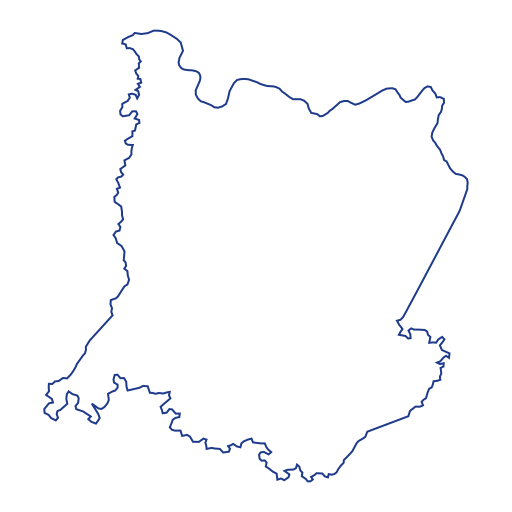 the district of Coronel Domingos Soares, Paraná, Brazil
{"feature_id": "56859067B31393521005465", "entity_name": "Coronel Domingos Soares", "entity_type": "district", "adm_level": 2, "iso_a3": "BRA", "parent_name": "Brazil", "parent_adm1": "Paraná", "projection": "mercator", "projection_center": [-51.965, -26.173], "detail": "fine", "context": "isolated", "style": "outline", "palette": "blue", "viewbox_px": 512, "rotation_deg": 0, "n_neighbors": 0, "source": "geoboundaries", "source_scale": "gbopen_adm2", "svg_char_len": 5688}
<svg xmlns="http://www.w3.org/2000/svg" viewBox="0 0 512 512"><path d="M430.8,87.0L427.5,86.4L424.6,88.0L422.8,89.9L417.3,97.0L414.8,99.6L412.0,100.4L408.7,101.6L405.8,102.0L403.4,100.1L400.6,97.6L399.5,95.0L397.5,92.4L395.5,89.3L392.3,88.2L386.8,88.6L382.1,90.6L376.4,94.1L365.8,100.4L359.4,103.5L355.1,104.7L350.5,102.5L347.7,101.0L344.0,101.0L340.0,102.2L332.5,108.9L329.6,110.9L327.7,113.0L322.7,116.0L320.0,116.3L317.2,114.1L311.3,112.9L308.8,108.6L307.5,103.8L304.0,100.6L300.4,99.2L296.9,99.2L293.0,99.2L289.8,97.3L286.9,95.1L284.8,93.4L282.3,91.8L279.6,88.7L276.2,87.1L273.5,86.4L267.1,86.0L264.4,85.2L260.2,83.9L257.1,82.3L248.5,79.3L244.3,78.9L240.4,79.2L237.1,80.0L234.0,83.0L229.6,91.1L228.0,98.3L226.0,104.0L222.0,106.5L218.1,107.7L214.4,107.3L210.8,105.0L203.9,102.2L200.8,101.3L198.0,98.6L195.8,94.6L195.7,90.3L197.2,86.9L199.8,80.9L200.4,78.3L200.2,75.5L198.9,72.9L196.5,71.4L192.6,70.4L187.7,70.1L183.9,69.5L181.4,68.2L179.2,65.3L178.6,62.3L179.5,57.8L183.0,50.8L180.7,42.5L176.9,38.9L170.6,34.8L166.3,32.4L161.5,31.1L158.3,30.7L153.5,30.7L147.9,33.1L141.5,34.0L134.7,33.0L132.7,35.2L128.5,36.9L122.8,40.0L122.2,43.5L125.7,44.4L126.8,48.3L129.6,48.1L132.8,49.1L134.8,51.5L136.5,54.1L138.8,56.4L139.2,59.4L140.8,61.4L138.8,63.3L139.1,67.8L135.2,70.4L136.2,73.5L138.3,76.0L137.7,78.7L140.4,79.0L141.2,82.7L137.9,83.8L139.9,86.9L135.5,89.9L138.2,91.1L139.1,94.8L137.2,98.4L135.6,94.8L132.0,93.7L128.8,94.4L129.8,97.7L127.6,101.0L124.5,102.6L122.3,103.8L122.3,107.3L120.1,110.8L120.5,114.4L122.8,116.3L129.2,115.2L132.3,111.3L136.0,111.3L137.4,114.1L134.7,118.5L139.1,120.0L139.4,122.9L136.2,124.5L135.6,127.7L134.9,130.6L132.4,131.3L132.4,136.2L128.6,138.3L124.9,140.7L125.8,143.5L128.0,144.8L132.8,145.0L131.8,148.2L131.4,151.2L131.4,154.5L129.1,157.9L124.4,160.4L125.3,165.4L120.3,169.1L121.1,172.2L123.2,174.7L121.3,176.6L118.0,177.4L116.3,179.2L118.3,183.0L120.0,187.6L116.9,188.8L118.2,192.7L116.6,195.1L114.3,197.0L114.7,201.9L118.0,204.1L121.2,206.5L122.0,211.8L122.0,215.1L123.1,219.3L121.4,221.4L118.4,224.1L120.4,226.9L119.5,230.6L116.0,231.5L113.5,235.0L115.8,238.5L117.1,243.0L121.5,246.0L123.2,249.0L124.5,251.5L124.2,255.3L123.7,260.2L125.6,262.4L126.1,265.9L124.3,268.6L127.4,271.1L127.8,275.6L129.1,279.7L127.4,284.5L124.4,286.4L121.6,290.7L118.0,296.4L116.0,298.3L110.8,300.1L110.5,304.4L112.0,308.2L111.3,311.9L112.6,315.3L89.8,340.4L85.9,346.6L85.9,350.1L84.9,353.4L82.7,355.8L79.7,360.1L76.9,364.0L75.4,367.5L72.9,371.6L70.4,375.0L67.0,378.4L63.0,378.0L58.7,381.0L55.1,381.4L52.3,384.0L48.9,383.8L48.7,387.4L49.0,391.3L46.1,394.9L49.7,397.4L51.9,399.0L53.0,402.5L49.0,403.3L44.3,409.0L44.6,412.9L48.6,414.9L51.2,418.1L55.8,420.4L58.0,417.7L56.7,414.3L57.4,411.2L60.4,409.9L67.3,403.8L66.3,398.9L66.9,394.1L68.7,391.4L72.4,394.1L77.4,395.6L78.7,398.2L78.1,402.8L75.5,406.1L76.3,409.2L83.0,411.4L90.8,416.5L88.3,419.1L91.3,421.8L96.0,423.6L97.9,420.9L99.7,418.0L98.2,413.9L91.8,403.6L98.4,408.4L101.3,409.0L104.1,407.3L107.3,403.6L108.8,399.9L108.0,393.8L112.6,391.4L115.1,390.6L117.6,387.7L117.6,384.7L114.1,382.6L113.5,379.5L114.7,375.0L117.5,374.7L120.4,378.2L124.0,378.1L126.2,381.7L126.5,386.5L127.6,390.5L139.4,387.8L143.1,385.9L147.7,386.3L149.9,392.8L152.4,392.9L155.5,393.8L158.9,393.0L163.4,393.5L166.8,392.4L169.7,391.9L169.0,395.3L170.4,398.4L163.2,404.5L160.6,406.8L162.0,410.3L162.7,413.3L166.6,412.7L169.4,409.1L172.1,409.4L175.7,413.6L179.8,413.6L179.3,417.1L175.4,417.9L172.7,419.8L171.5,423.3L169.8,427.3L172.0,429.8L174.8,430.6L180.5,430.6L182.1,435.9L187.0,434.9L190.0,436.6L193.0,441.8L195.5,441.8L198.8,441.9L203.5,438.6L206.5,439.6L205.4,442.5L206.3,445.9L206.6,448.9L211.7,447.9L214.5,448.5L219.8,448.9L223.2,452.5L228.9,451.7L230.0,448.8L228.1,446.1L230.6,445.4L233.1,443.9L237.0,446.5L240.4,447.3L241.4,443.4L243.7,441.4L247.5,439.7L251.5,438.6L253.0,442.4L260.6,443.4L264.8,443.4L266.2,446.8L267.9,449.3L271.2,452.1L268.6,454.4L263.9,451.9L260.6,452.4L259.1,454.7L259.6,458.7L261.7,460.7L264.7,460.4L266.6,462.6L265.8,466.5L268.2,468.0L272.9,471.7L276.6,473.6L277.4,479.7L280.9,478.5L284.3,480.2L288.6,477.2L289.4,474.4L286.9,472.6L284.5,470.9L287.4,469.8L293.6,469.5L296.0,468.1L297.0,464.6L299.3,466.6L300.4,470.6L302.4,472.6L301.8,476.2L306.0,479.1L307.6,481.3L310.4,481.3L312.8,479.5L311.1,476.9L314.3,475.2L316.6,473.2L322.3,473.5L324.7,476.3L327.9,477.4L328.7,474.1L331.3,474.7L334.3,474.1L336.6,472.3L338.5,468.7L341.1,465.4L343.6,462.8L343.9,460.0L346.7,457.3L352.3,451.3L356.6,443.2L358.6,441.0L361.8,439.2L365.2,437.0L367.3,431.7L408.4,416.2L410.0,410.9L415.5,406.6L420.0,406.7L423.0,405.3L421.6,401.8L423.5,399.8L426.0,398.2L427.7,392.3L429.2,388.7L431.6,387.5L432.7,385.0L433.6,381.2L437.3,380.8L440.3,379.8L439.9,376.7L441.3,373.4L440.6,367.9L443.5,366.5L443.7,363.2L440.0,364.1L437.0,362.6L440.3,361.3L443.7,357.4L446.1,355.8L449.0,357.8L449.5,353.4L441.9,350.0L439.9,345.4L443.0,341.5L444.4,339.3L442.1,336.9L438.2,339.5L436.1,342.7L432.9,342.4L429.2,342.8L430.4,337.0L428.0,334.8L427.1,331.5L424.8,330.0L418.8,329.6L414.0,329.6L411.2,328.4L408.5,330.5L410.3,334.2L410.6,338.2L408.1,338.5L405.5,336.0L398.9,334.8L400.5,331.8L402.5,329.0L399.0,324.5L397.0,320.7L400.5,319.8L403.0,317.2L405.1,313.5L414.8,295.4L416.6,292.1L455.2,219.2L456.5,216.8L459.7,210.7L467.3,189.1L467.3,186.3L467.7,182.3L466.9,179.0L465.0,177.1L462.8,175.5L459.2,174.5L455.7,173.9L452.7,171.3L450.0,168.2L446.6,161.5L444.0,159.9L443.1,156.4L441.5,153.4L440.0,149.6L437.2,146.2L435.3,142.9L433.0,140.2L431.6,136.6L432.3,132.5L434.7,127.7L437.5,123.2L437.9,119.1L438.8,114.9L441.0,111.9L441.8,109.2L442.2,105.6L444.0,102.9L443.8,98.8L440.0,97.1L436.7,97.4L435.4,93.7L432.4,90.3L430.8,87.0Z" fill="none" stroke="#1e3a8a" stroke-width="2"/></svg>